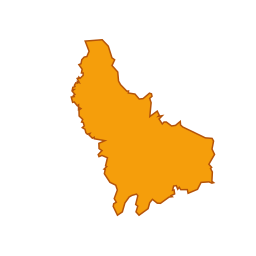 Khon San, Chaiyaphum, Thailand, rotated 233°
{"feature_id": "78962969B85168062919429", "entity_name": "Khon San", "entity_type": "district", "adm_level": 2, "iso_a3": "THA", "parent_name": "Thailand", "parent_adm1": "Chaiyaphum", "projection": "robinson", "projection_center": [101.768, 16.554], "detail": "medium", "context": "isolated", "style": "filled", "palette": "amber", "viewbox_px": 256, "rotation_deg": 233, "n_neighbors": 0, "source": "geoboundaries", "source_scale": "gbopen_adm2", "svg_char_len": 1871}
<svg xmlns="http://www.w3.org/2000/svg" viewBox="0 0 256 256"><g transform="rotate(233 128 128)"><path d="M186.9,101.3L181.8,99.2L181.2,100.7L176.2,100.9L176.2,102.4L173.2,100.1L173.6,101.4L171.8,102.1L171.9,99.7L167.0,96.2L162.1,97.0L160.7,94.5L159.3,95.6L156.0,94.3L155.8,91.7L152.9,92.9L149.6,91.5L147.5,91.8L146.5,94.4L145.8,92.7L141.3,93.4L140.9,95.4L139.7,94.6L131.8,101.9L133.3,95.5L129.0,92.5L125.6,93.6L124.7,88.2L122.6,87.6L121.8,90.7L116.6,93.7L111.3,87.3L110.0,87.8L109.6,84.1L108.6,84.8L105.7,81.6L95.5,80.9L89.7,83.8L84.9,82.2L79.9,74.5L75.8,74.0L76.1,71.0L74.3,69.0L64.7,67.1L64.4,73.0L70.0,80.4L72.2,87.4L71.8,90.6L70.1,95.0L68.0,95.1L62.3,88.1L59.7,88.8L56.2,83.9L51.7,84.3L51.5,95.5L55.3,100.4L56.3,104.6L50.4,106.1L48.3,108.6L48.1,119.3L46.5,122.0L48.1,121.7L47.3,125.6L50.8,127.5L51.4,126.1L54.2,129.5L52.9,131.9L49.2,130.9L49.8,133.2L47.0,133.0L43.1,138.3L39.7,136.7L37.2,146.6L40.6,153.6L36.2,160.3L33.5,161.8L32.8,163.5L34.9,162.9L42.1,168.9L46.0,169.5L46.2,171.1L50.4,170.8L54.8,181.2L60.6,182.4L66.1,188.5L69.1,188.9L73.6,183.8L95.9,172.3L98.8,171.8L101.8,173.7L101.5,167.5L103.4,164.0L109.7,162.2L111.1,160.4L110.6,157.8L116.5,158.2L117.2,162.8L119.1,159.2L119.3,160.6L123.9,161.5L124.0,152.3L134.3,161.7L138.6,163.1L138.9,166.3L141.2,167.3L142.9,166.1L142.4,157.7L144.4,154.4L150.9,154.0L155.8,149.3L157.2,150.7L158.2,149.2L167.1,148.1L171.2,148.7L178.9,153.5L187.5,152.8L190.5,158.4L193.7,157.4L205.2,161.5L214.0,160.5L223.2,146.1L212.7,143.1L209.8,138.1L211.0,135.7L210.4,132.3L207.6,129.1L208.2,126.9L202.5,126.7L200.0,123.9L198.9,125.3L197.0,123.8L196.5,119.7L198.2,119.4L196.9,118.2L197.9,118.5L198.2,117.2L193.6,116.4L195.5,115.4L194.3,114.7L195.5,113.5L194.4,110.9L193.0,110.6L193.7,108.4L192.1,106.6L191.2,107.9L191.2,105.6L186.8,105.8L186.9,104.0L185.5,103.9L186.9,101.3Z" fill="#f59e0b" stroke="#b45309" stroke-width="1.5"/></g></svg>